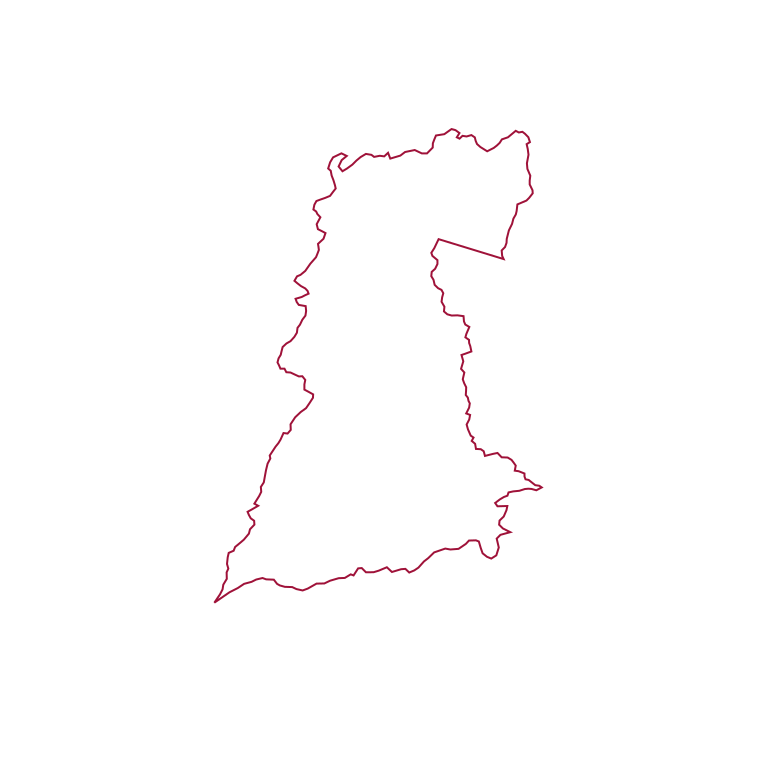 the district of Trombas, Goiás, Brazil, rotated 48°
{"feature_id": "56859067B26848935724930", "entity_name": "Trombas", "entity_type": "district", "adm_level": 2, "iso_a3": "BRA", "parent_name": "Brazil", "parent_adm1": "Goiás", "projection": "equal_earth", "projection_center": [-48.759, -13.427], "detail": "fine", "context": "isolated", "style": "outline", "palette": "rose", "viewbox_px": 768, "rotation_deg": 48, "n_neighbors": 0, "source": "geoboundaries", "source_scale": "gbopen_adm2", "svg_char_len": 4209}
<svg xmlns="http://www.w3.org/2000/svg" viewBox="0 0 768 768"><g transform="rotate(48 384 384)"><path d="M433.0,656.4L435.4,638.2L437.8,629.2L438.9,621.7L442.4,614.8L443.8,609.8L446.9,604.1L450.3,602.3L455.7,596.8L461.0,597.2L464.0,596.2L468.4,593.4L473.5,588.1L477.8,586.3L483.0,582.6L485.0,577.6L487.2,567.7L492.3,561.8L494.1,555.7L498.0,547.6L501.9,542.9L503.2,536.1L505.9,534.7L503.7,526.6L505.9,523.7L511.8,523.4L516.9,517.7L519.2,512.8L522.1,504.5L529.0,503.9L533.1,495.2L535.7,491.8L541.0,491.4L542.8,486.2L543.5,481.3L542.6,473.0L543.0,467.7L542.7,459.4L547.3,448.6L551.4,445.4L556.4,438.9L557.6,430.1L557.2,425.6L561.7,420.3L564.5,418.9L570.3,421.7L575.8,424.0L581.3,423.1L585.5,421.1L586.5,415.2L582.3,408.1L574.3,403.7L574.0,398.4L578.6,389.3L570.9,392.3L565.6,392.6L562.8,389.5L562.6,383.7L559.7,377.4L557.2,374.0L550.8,381.5L546.8,381.0L547.3,375.1L548.2,370.5L549.6,367.0L547.9,364.0L550.3,359.8L553.9,354.9L556.3,349.6L558.4,346.8L560.7,344.6L564.9,341.9L566.4,336.0L563.5,336.7L560.4,339.3L552.1,340.7L549.5,342.6L546.8,341.5L544.5,339.5L538.9,342.3L535.9,344.8L532.8,340.7L529.5,340.3L525.7,340.0L521.4,341.3L517.2,345.6L511.2,345.8L508.9,349.7L505.0,357.1L500.7,354.9L497.2,355.7L493.8,359.1L489.4,356.3L485.0,356.9L483.7,353.3L480.4,354.1L473.8,351.9L469.4,349.7L467.4,344.4L464.6,340.7L460.9,342.6L458.5,336.5L455.8,333.2L453.1,332.5L450.2,330.8L446.9,330.6L444.1,327.7L441.4,325.1L437.1,323.9L433.2,322.3L429.2,316.6L424.3,316.6L420.2,309.9L414.3,307.0L415.8,303.5L418.3,297.3L413.5,294.5L410.5,293.3L408.1,291.3L403.8,292.3L401.9,289.3L398.7,282.4L394.2,283.8L391.0,282.7L386.8,279.5L382.1,283.5L378.4,287.9L374.6,290.3L370.2,290.9L367.0,287.4L361.4,286.2L358.5,282.8L356.2,279.2L352.5,278.3L349.0,279.7L344.2,280.0L339.7,277.5L335.5,276.7L332.6,273.5L332.6,268.9L330.6,264.0L327.7,261.4L321.2,262.3L318.2,261.1L316.7,255.7L312.9,246.5L371.2,211.5L367.9,210.5L363.5,207.2L363.2,202.4L361.1,198.5L358.3,195.7L353.4,188.4L350.7,181.7L347.7,177.2L346.2,172.6L344.2,169.7L339.8,164.7L343.0,155.4L342.8,151.6L341.8,145.9L339.4,144.0L333.2,142.2L330.3,139.6L327.1,135.9L320.1,133.5L315.6,130.1L310.3,123.2L305.5,119.9L301.2,117.5L301.9,113.7L297.2,111.6L292.3,111.8L289.2,112.4L287.3,115.5L284.0,116.7L283.6,126.8L281.1,132.7L282.2,136.7L282.3,140.6L282.0,144.5L280.1,151.6L272.4,153.8L267.9,154.3L264.7,153.2L261.5,151.5L257.5,152.5L255.3,157.0L252.1,159.6L252.2,163.7L249.4,164.8L248.0,160.0L243.2,161.0L239.7,163.3L238.7,172.0L234.1,179.1L236.0,183.1L237.8,186.6L240.9,189.6L241.4,197.7L237.9,201.6L230.7,204.6L225.7,213.1L225.2,219.0L220.7,228.5L214.9,226.3L215.0,231.5L211.6,234.4L208.6,239.4L205.3,240.0L200.9,243.5L199.7,249.6L199.5,255.0L199.8,260.7L199.1,267.4L198.1,272.5L192.0,272.2L189.3,265.6L189.6,259.1L184.1,261.3L181.5,270.2L183.2,275.7L186.5,281.3L189.9,280.9L194.0,283.4L198.7,285.2L203.6,287.5L206.4,289.1L207.1,293.2L208.1,298.2L206.3,303.3L204.4,307.8L202.8,311.8L204.2,315.8L207.1,319.7L210.4,319.0L213.2,319.8L217.5,319.7L220.2,327.1L224.7,329.5L229.1,327.8L232.7,326.5L235.6,331.8L235.7,339.3L238.2,340.9L240.8,342.7L242.6,346.2L244.3,349.7L245.3,358.2L247.3,366.9L247.0,373.1L245.8,376.6L247.4,381.5L251.1,381.0L255.6,380.2L260.2,378.6L263.6,378.5L266.4,379.6L265.2,383.4L264.3,386.9L261.5,392.7L264.7,394.0L268.2,394.4L273.7,390.1L277.6,393.0L280.6,396.6L281.6,401.7L283.7,406.8L284.4,410.7L287.6,414.4L289.0,419.1L289.6,424.8L288.6,429.4L288.7,434.6L291.3,438.5L293.2,441.2L294.4,445.2L296.7,448.7L299.8,449.5L303.3,450.7L306.0,447.7L309.9,448.7L312.9,445.8L317.2,444.0L321.4,442.2L323.6,439.5L328.3,439.8L331.0,443.4L334.9,446.9L339.6,445.2L344.3,443.6L346.7,446.0L348.3,451.9L349.8,458.1L349.1,464.6L349.3,472.3L351.4,480.4L355.7,484.0L356.3,488.8L353.2,491.5L356.1,498.1L357.3,502.1L358.0,506.5L360.7,516.8L363.3,518.3L365.3,523.8L369.2,529.5L372.9,534.3L376.7,539.2L378.1,544.4L382.0,547.4L383.7,551.7L386.2,560.4L390.3,559.0L388.8,566.1L387.7,570.9L390.8,572.0L394.7,572.9L398.7,572.0L401.8,574.4L402.3,580.8L404.8,584.5L405.9,592.3L405.8,596.7L405.5,603.7L407.3,607.3L405.6,612.4L408.2,616.1L412.7,621.1L417.0,623.2L418.7,627.0L423.6,631.2L425.6,637.7L428.6,641.4L430.6,646.7L431.6,650.8L433.0,656.4Z" fill="none" stroke="#9f1239" stroke-width="2"/></g></svg>